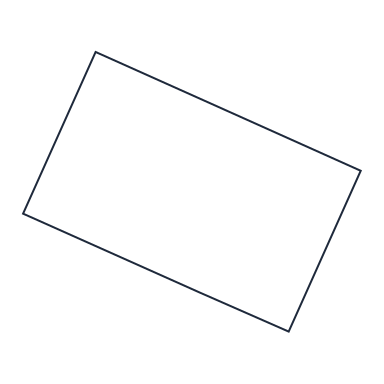 Kingsbury, South Dakota, United States of America, rotated 24°
{"feature_id": "52423323B28637641674469", "entity_name": "Kingsbury", "entity_type": "district", "adm_level": 2, "iso_a3": "USA", "parent_name": "United States of America", "parent_adm1": "South Dakota", "projection": "natural_earth1", "projection_center": [-97.566, 44.37], "detail": "fine", "context": "isolated", "style": "outline", "palette": "slate", "viewbox_px": 384, "rotation_deg": 24, "n_neighbors": 0, "source": "geoboundaries", "source_scale": "gbopen_adm2", "svg_char_len": 257}
<svg xmlns="http://www.w3.org/2000/svg" viewBox="0 0 384 384"><g transform="rotate(24 192 192)"><path d="M46.5,280.5L48.2,280.5L240.6,280.7L337.1,280.2L337.5,104.0L191.5,103.6L47.0,103.3L46.5,280.5Z" fill="none" stroke="#1e293b" stroke-width="2"/></g></svg>